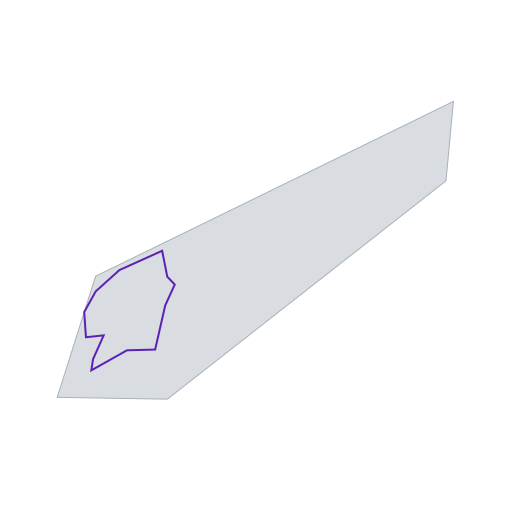 Sandy Hill on a map of Anguilla (Robinson projection), rotated 174°
{"feature_id": "AIA-5121", "entity_name": "Sandy Hill", "entity_type": "District", "adm_level": 1, "iso_a3": "AIA", "parent_name": "Anguilla", "parent_adm1": "", "projection": "robinson", "projection_center": [-63.011, 18.236], "detail": "fine", "context": "in_parent", "style": "outline", "palette": "violet", "viewbox_px": 512, "rotation_deg": 174, "n_neighbors": 0, "source": "natural_earth", "source_scale": "10m", "svg_char_len": 466}
<svg xmlns="http://www.w3.org/2000/svg" viewBox="0 0 512 512"><g transform="rotate(174 256 256)"><path d="M417.6,252.7L43.5,389.1L59.2,310.9L359.1,122.9L468.5,136.2L417.6,252.7Z" fill="#d9dde1" stroke="#a8b0b8" stroke-width="1"/><path d="M432.7,218.2L419.1,237.6L393.3,256.3L348.8,271.0L346.4,244.7L339.8,236.1L351.4,216.4L366.1,173.5L394.2,175.7L431.7,159.5L428.9,170.3L415.8,193.0L433.6,193.0L432.7,218.2Z" fill="none" stroke="#5b21b6" stroke-width="2"/></g></svg>